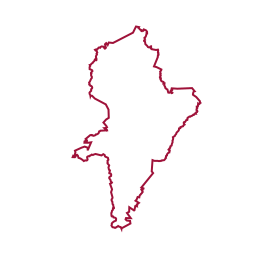 Del Nayar, Nayarit, Mexico, rotated 21°
{"feature_id": "50627088B12787486609303", "entity_name": "Del Nayar", "entity_type": "district", "adm_level": 2, "iso_a3": "MEX", "parent_name": "Mexico", "parent_adm1": "Nayarit", "projection": "mercator", "projection_center": [-104.607, 22.056], "detail": "fine", "context": "isolated", "style": "outline", "palette": "rose", "viewbox_px": 256, "rotation_deg": 21, "n_neighbors": 0, "source": "geoboundaries", "source_scale": "gbopen_adm2", "svg_char_len": 5807}
<svg xmlns="http://www.w3.org/2000/svg" viewBox="0 0 256 256"><g transform="rotate(21 128 128)"><path d="M79.4,55.1L79.3,57.5L79.0,57.2L78.3,57.3L77.2,56.6L76.6,57.7L76.6,58.2L77.4,58.6L77.3,59.5L78.5,60.7L78.6,61.0L78.2,62.0L77.8,62.2L77.3,61.9L76.4,61.2L75.6,60.9L74.0,61.4L73.3,62.3L73.2,63.1L72.1,63.2L71.7,63.6L71.5,64.7L71.1,65.2L70.4,66.0L69.7,66.3L69.2,66.8L70.0,67.3L70.9,66.9L71.4,67.4L71.6,68.0L72.3,68.6L72.0,69.9L72.7,70.6L72.4,71.5L72.4,72.7L73.1,73.9L72.9,74.9L73.2,75.1L73.8,74.9L74.2,75.8L74.1,76.1L72.5,76.4L72.5,77.8L71.9,78.7L71.8,79.7L71.0,80.8L70.4,82.4L69.7,82.9L70.5,83.7L70.3,84.9L71.1,86.8L73.1,86.8L73.9,87.0L74.4,87.6L73.7,89.6L73.7,89.9L73.8,90.1L74.0,89.9L74.4,90.3L74.3,91.1L74.8,92.3L75.8,93.0L76.3,94.2L75.9,95.5L75.8,98.2L75.4,99.5L76.3,100.6L76.1,101.1L76.3,101.4L77.2,101.6L77.8,102.1L78.3,101.9L78.9,102.0L79.7,102.5L80.2,103.3L80.2,103.9L79.7,105.0L80.3,106.5L79.6,108.0L79.4,108.9L80.0,110.0L81.1,110.9L81.5,111.6L81.5,111.2L82.9,110.8L86.5,112.4L98.8,113.9L103.2,117.8L106.4,125.4L104.5,128.0L103.1,131.7L107.1,133.9L108.1,134.8L106.8,136.2L106.0,136.6L107.9,137.4L107.8,137.2L108.1,136.9L109.0,137.3L109.3,137.7L103.2,140.4L103.0,141.0L102.3,141.5L102.4,143.3L102.1,144.0L101.0,145.3L100.4,145.4L100.0,146.5L98.7,147.6L98.3,147.7L97.5,147.4L97.1,147.8L96.4,147.6L95.3,148.2L92.4,153.4L93.4,153.8L94.2,154.4L94.4,155.4L94.2,155.8L93.3,155.2L92.9,155.3L92.2,156.1L92.6,157.4L96.0,156.1L98.7,154.6L98.4,162.5L98.1,162.6L97.4,160.8L94.2,160.9L91.7,163.0L86.6,168.2L87.6,169.4L87.8,171.3L88.5,173.3L86.8,173.4L86.8,175.0L88.9,174.3L89.2,173.7L89.4,171.8L89.9,171.3L91.1,171.8L92.5,173.6L94.5,173.5L97.1,174.1L98.6,174.7L99.6,173.6L100.8,173.3L101.4,172.8L101.6,172.0L100.3,170.0L100.3,169.5L101.1,168.5L102.2,168.2L102.5,167.2L103.1,166.8L103.7,165.8L104.9,165.8L105.6,165.0L107.0,163.9L113.1,163.1L114.3,161.3L115.9,161.6L116.6,162.6L117.2,162.9L119.9,163.0L121.1,164.7L120.6,165.9L121.4,167.4L121.3,168.0L121.7,168.5L123.8,169.6L123.9,171.8L125.2,173.8L125.9,173.8L126.4,174.2L126.6,176.8L126.8,177.0L128.3,176.8L129.0,177.5L129.4,178.8L128.3,180.3L128.3,181.3L128.6,181.7L130.3,182.8L131.2,184.2L132.5,184.6L132.4,185.2L131.2,186.5L135.1,191.0L135.2,194.0L138.4,198.3L138.6,199.5L138.3,200.4L138.4,201.1L139.0,201.9L139.7,202.3L140.9,204.6L141.8,205.1L142.1,206.0L143.5,207.5L143.6,207.9L142.7,208.3L143.2,209.8L142.7,211.0L143.0,212.4L142.9,213.4L144.1,216.0L144.6,216.3L145.2,215.9L145.7,215.9L146.5,216.7L147.5,216.4L148.8,216.5L149.5,217.1L149.9,218.8L148.3,220.4L147.3,222.1L147.1,223.1L147.5,223.9L147.5,225.0L149.0,226.1L149.8,226.1L150.3,225.8L151.7,225.9L152.3,225.4L152.7,224.5L153.6,223.8L153.9,223.0L155.4,223.3L156.7,223.1L158.0,224.4L157.9,224.0L164.5,216.3L163.2,214.0L160.1,214.8L158.5,214.2L158.4,212.8L162.9,211.2L157.5,207.7L159.1,205.8L157.6,201.5L163.2,202.8L163.5,202.4L163.1,200.5L163.1,198.9L162.7,198.5L163.3,197.8L164.3,197.8L163.9,197.2L164.2,196.5L163.7,196.1L165.0,194.0L161.1,193.2L161.7,191.8L161.7,189.0L163.4,188.7L163.1,187.0L163.3,186.0L163.7,185.5L163.7,184.9L164.3,183.8L164.3,182.8L164.5,182.5L164.2,182.4L164.0,181.5L163.3,181.3L162.6,180.7L162.9,180.4L163.6,180.2L163.5,179.8L164.2,179.1L164.1,178.8L161.8,178.8L167.6,161.1L165.7,160.0L162.4,149.2L164.5,149.2L167.6,148.0L168.2,148.0L169.8,147.4L169.9,147.1L171.1,146.6L171.2,146.1L173.1,145.2L173.4,144.8L173.9,143.3L173.8,142.7L174.7,141.7L174.2,141.9L173.8,141.6L173.6,140.7L173.8,140.4L173.7,140.1L174.2,139.6L173.9,138.6L174.3,137.2L174.9,136.4L175.0,135.7L175.3,135.7L175.1,134.2L174.1,133.9L174.2,133.5L173.9,133.4L174.1,133.2L173.9,133.0L173.9,132.7L174.3,132.5L174.2,131.7L174.5,131.4L174.4,130.7L174.1,130.0L175.0,128.7L174.7,127.5L174.7,125.2L174.0,123.7L174.2,123.0L173.9,121.5L173.2,120.5L173.8,119.6L174.5,118.9L174.7,117.3L175.1,116.3L175.0,114.9L176.1,112.5L176.2,111.6L175.8,110.1L176.9,109.4L176.7,108.4L177.0,108.3L177.4,107.7L178.8,106.6L178.9,105.4L179.6,104.5L178.3,103.5L178.1,102.9L178.3,102.3L179.2,101.8L179.5,99.8L180.5,99.2L180.3,98.2L180.1,98.1L180.0,97.0L180.8,96.1L181.0,95.6L181.5,95.1L182.1,95.1L182.8,94.0L183.4,93.7L184.0,92.6L184.4,92.4L184.4,91.9L185.1,91.7L185.2,91.2L185.6,90.4L186.1,90.3L185.9,90.1L186.1,90.0L186.0,89.0L186.7,88.4L186.8,87.5L186.1,86.8L185.5,86.7L185.2,85.6L185.5,84.7L184.8,84.1L184.5,83.4L184.9,83.2L185.3,83.3L185.5,82.9L184.7,80.0L185.1,80.1L185.5,80.7L186.1,79.9L186.1,79.3L186.6,78.6L186.0,78.3L185.5,77.2L180.6,74.6L176.8,73.7L176.5,73.2L176.2,71.2L176.5,70.1L177.0,69.8L173.5,67.8L160.1,73.6L154.6,75.3L154.7,76.1L155.2,76.0L155.7,76.6L155.6,77.1L154.7,77.6L154.6,77.9L155.0,77.9L155.8,79.2L156.8,79.2L156.8,79.4L156.2,79.8L155.8,79.4L154.8,79.5L153.9,80.3L152.9,80.5L151.0,77.9L149.7,77.8L149.2,77.4L148.4,77.2L147.8,76.1L146.6,75.3L146.1,73.3L145.1,73.8L144.9,72.5L144.6,72.3L142.5,72.3L141.3,71.3L141.1,70.4L140.6,70.4L140.6,69.7L140.4,69.3L139.7,69.4L139.5,69.0L139.7,68.1L139.4,67.6L139.6,67.2L139.3,67.0L139.1,66.4L138.8,66.2L139.1,65.8L139.0,65.4L138.4,65.0L138.2,64.3L137.8,63.9L138.3,62.3L138.2,61.4L132.8,60.9L130.2,61.2L130.4,50.9L130.1,50.5L129.9,49.4L130.1,49.2L129.9,49.0L130.1,48.3L129.6,47.9L129.6,47.3L129.0,47.0L128.9,46.8L129.1,46.5L128.5,45.7L128.3,44.6L127.9,44.1L126.2,45.1L122.0,45.9L121.6,45.5L121.0,45.6L120.5,44.5L120.6,44.2L120.3,43.5L119.8,43.8L119.5,44.7L119.0,45.2L117.7,45.3L116.4,44.4L114.2,43.5L113.0,41.4L111.8,41.0L111.7,40.8L112.3,39.7L111.8,39.4L111.7,38.8L111.4,38.5L111.5,38.1L111.1,37.8L111.7,36.7L111.8,35.5L111.6,34.2L111.7,33.3L112.0,33.0L111.6,32.3L111.3,32.3L111.5,31.7L111.2,31.2L109.8,30.4L107.4,30.3L107.3,30.8L107.6,31.3L107.5,31.7L106.9,31.8L106.4,32.1L106.3,32.6L105.8,32.7L105.5,32.4L105.7,32.2L105.5,31.8L103.6,31.7L102.4,30.7L102.0,30.8L101.8,30.2L101.9,29.9L99.1,30.4L98.5,37.2L83.5,54.0L79.4,55.1Z" fill="none" stroke="#9f1239" stroke-width="2"/></g></svg>